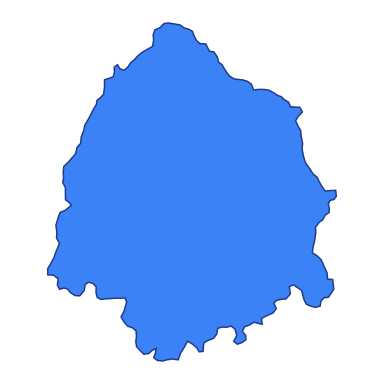 outline of Ritápolis, Minas Gerais, Brazil
{"feature_id": "56859067B14285827347631", "entity_name": "Ritápolis", "entity_type": "district", "adm_level": 2, "iso_a3": "BRA", "parent_name": "Brazil", "parent_adm1": "Minas Gerais", "projection": "robinson", "projection_center": [-44.372, -20.976], "detail": "fine", "context": "isolated", "style": "filled", "palette": "blue", "viewbox_px": 384, "rotation_deg": 0, "n_neighbors": 0, "source": "geoboundaries", "source_scale": "gbopen_adm2", "svg_char_len": 2822}
<svg xmlns="http://www.w3.org/2000/svg" viewBox="0 0 384 384"><path d="M148.6,353.6L152.4,350.2L156.1,348.4L155.4,353.1L153.7,357.6L157.5,360.5L162.5,361.0L167.0,359.8L171.9,359.0L178.2,359.8L180.8,352.8L184.6,346.8L187.5,341.2L193.0,344.4L196.9,348.0L199.2,351.8L203.1,351.4L203.4,347.1L203.8,342.8L207.9,340.5L213.5,338.4L216.6,334.3L217.8,328.3L222.0,327.1L226.9,327.2L231.0,326.1L234.9,328.9L236.8,335.5L233.7,341.2L237.2,344.2L242.0,342.6L245.9,339.7L245.7,335.4L242.4,331.5L244.4,326.8L249.0,325.2L254.2,322.2L258.4,323.4L262.2,324.2L261.4,318.5L266.4,315.8L272.9,313.1L276.3,308.6L273.8,303.0L277.0,300.2L280.8,299.4L285.9,298.9L290.3,294.0L289.3,286.6L293.7,284.8L296.9,287.3L301.5,290.2L303.1,296.2L304.2,300.1L306.4,304.3L310.3,305.9L315.2,307.4L320.2,306.1L320.8,301.5L324.0,297.6L328.3,297.4L331.2,293.1L333.8,289.1L333.2,284.4L332.6,279.5L327.6,279.2L327.1,272.9L324.0,266.2L321.3,260.0L317.6,256.2L312.4,252.8L313.0,247.2L314.5,241.3L315.2,236.9L315.7,232.6L315.6,226.9L319.4,222.1L322.7,219.9L325.2,215.0L329.2,212.5L329.2,208.0L328.3,203.6L330.5,200.2L333.9,199.5L336.3,196.4L335.7,190.3L330.3,190.6L325.2,191.0L321.7,186.0L318.8,181.0L317.2,177.3L313.2,174.2L309.9,169.0L307.4,165.5L305.1,161.9L303.3,155.4L302.0,148.5L302.6,143.5L301.2,136.4L300.6,130.3L298.1,126.3L295.6,120.8L298.4,116.2L302.4,111.9L299.8,107.3L295.3,107.1L290.5,106.8L288.5,102.1L284.5,99.8L281.2,96.7L277.6,95.4L273.5,92.7L269.0,90.2L264.1,89.4L258.2,89.4L253.7,90.0L251.2,84.0L247.1,81.2L242.6,79.9L238.9,79.5L234.0,78.9L229.1,75.7L224.8,69.6L222.1,64.7L218.6,62.2L217.4,57.1L213.9,51.9L209.4,51.2L205.8,43.9L200.0,43.6L196.5,40.5L194.5,36.7L192.4,31.3L188.9,29.3L184.0,27.8L179.9,24.9L174.6,24.0L168.4,23.0L164.1,23.5L159.8,27.8L154.9,29.8L153.2,34.7L153.6,40.1L152.6,46.3L147.0,49.5L142.0,52.4L137.5,56.2L134.2,59.8L130.7,62.7L127.9,67.0L124.1,70.3L119.7,68.6L117.5,64.7L114.2,67.2L114.4,72.5L113.2,76.8L109.4,78.2L104.5,79.8L104.5,87.2L103.6,94.2L99.9,98.2L97.0,100.3L96.4,104.5L93.7,108.8L90.9,114.4L87.8,120.2L84.7,125.4L83.8,130.5L81.2,137.0L80.7,143.3L77.0,147.4L75.7,153.6L72.1,157.8L68.3,162.1L63.8,166.4L63.2,172.6L63.6,178.0L62.7,182.3L65.4,187.7L65.4,193.7L65.5,199.7L69.0,202.3L71.4,205.3L67.7,208.3L64.6,210.7L60.2,212.3L58.2,217.6L55.9,225.3L56.9,232.3L56.5,238.0L59.4,243.0L57.8,247.6L55.9,251.9L54.0,257.6L50.6,263.8L47.7,268.7L47.7,274.8L53.5,275.2L58.2,278.8L57.4,284.9L59.6,289.3L63.8,288.0L67.4,288.9L70.4,292.6L75.1,295.6L79.8,295.8L84.2,290.5L85.1,284.6L88.3,282.3L92.9,283.3L96.2,286.9L96.0,292.6L97.2,297.4L100.8,299.4L104.9,298.9L110.7,298.5L116.6,298.2L120.9,298.2L124.9,297.9L126.7,301.8L125.5,306.1L124.0,311.1L121.1,316.9L124.0,322.0L127.6,326.1L132.6,327.8L136.0,330.8L136.5,336.1L135.8,341.7L136.6,346.7L139.5,349.8L143.7,354.2L148.6,353.6Z" fill="#3b82f6" stroke="#1e3a8a" stroke-width="1.5"/></svg>